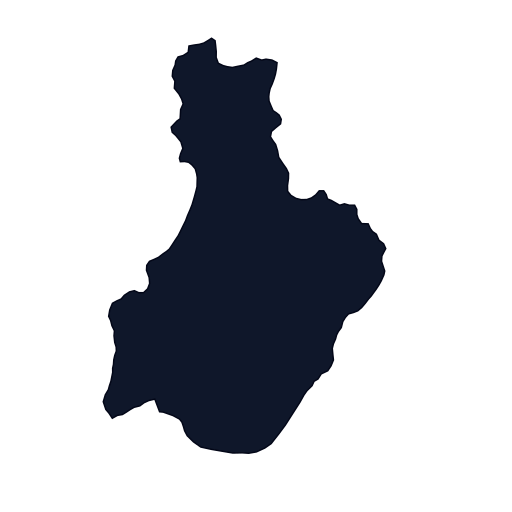 the district of Cairu, Bahia, Brazil, rotated 195°
{"feature_id": "56859067B59177199809142", "entity_name": "Cairu", "entity_type": "district", "adm_level": 2, "iso_a3": "BRA", "parent_name": "Brazil", "parent_adm1": "Bahia", "projection": "orthographic", "projection_center": [-38.973, -13.524], "detail": "fine", "context": "isolated", "style": "filled", "palette": "ink", "viewbox_px": 512, "rotation_deg": 195, "n_neighbors": 0, "source": "geoboundaries", "source_scale": "gbopen_adm2", "svg_char_len": 2905}
<svg xmlns="http://www.w3.org/2000/svg" viewBox="0 0 512 512"><g transform="rotate(195 256 256)"><path d="M308.8,80.6L305.2,81.2L294.9,80.4L287.7,78.7L284.5,76.3L281.9,72.4L279.7,68.7L275.9,64.6L268.3,60.3L259.9,57.2L249.0,57.7L240.3,58.5L227.4,59.7L218.5,62.3L212.0,63.6L204.9,66.9L197.8,72.8L192.8,78.7L190.6,83.9L188.1,89.7L183.9,100.3L179.1,115.5L177.0,122.1L175.7,126.2L173.7,134.2L171.9,139.1L168.3,145.2L167.5,150.0L164.3,153.2L162.5,159.0L157.0,163.7L155.1,169.3L154.3,175.6L156.3,180.8L158.4,186.5L158.5,191.2L157.7,196.4L157.7,200.7L156.9,204.4L155.1,208.9L155.2,215.1L153.8,219.8L151.7,224.0L147.3,226.6L143.5,229.4L140.6,233.6L138.2,238.7L136.2,243.6L134.4,247.1L133.0,250.8L131.4,254.9L129.8,259.8L128.6,264.5L127.6,270.9L127.8,274.8L130.6,279.1L133.4,283.4L134.4,288.6L133.5,292.9L132.6,296.7L135.9,300.8L141.4,303.1L145.4,308.2L149.8,309.8L152.7,312.1L156.0,316.1L162.4,314.6L167.0,318.5L169.4,322.2L170.7,327.1L173.9,330.6L179.1,329.2L184.1,329.3L188.3,326.7L193.6,328.1L197.8,329.2L201.7,329.6L204.1,333.5L207.5,336.5L211.8,335.3L214.1,330.5L217.4,326.5L221.5,323.7L227.0,322.1L232.4,322.0L238.0,323.6L242.2,326.7L243.8,332.2L244.7,339.2L246.0,344.4L249.3,348.3L254.1,352.3L259.6,357.2L262.4,363.2L265.9,368.8L269.7,371.9L272.9,374.9L273.3,380.3L270.3,384.8L266.5,390.0L267.0,394.6L270.1,398.1L273.5,399.6L277.1,400.8L279.9,404.3L283.5,409.0L284.9,413.1L285.5,416.8L285.7,421.5L284.9,426.3L284.4,432.0L284.3,436.7L284.7,441.8L285.7,448.2L291.3,449.4L297.3,448.7L301.2,446.7L307.0,447.2L310.8,443.1L314.0,440.6L317.0,437.3L322.9,434.4L327.6,432.0L332.7,431.4L337.0,431.4L342.3,432.4L345.9,437.5L347.3,443.1L349.6,449.2L351.3,453.4L355.3,454.8L357.9,451.9L361.5,448.2L365.5,445.8L370.5,443.7L375.1,441.5L374.2,435.2L378.2,430.8L382.8,428.1L384.0,423.6L383.5,419.5L384.4,413.7L383.4,408.0L379.6,403.9L378.3,396.9L372.4,392.6L368.5,388.5L365.7,384.1L366.7,378.0L365.8,373.7L364.8,368.9L367.3,365.9L371.3,358.5L368.9,353.8L364.7,351.7L358.1,346.9L354.5,341.0L355.3,335.3L355.3,330.6L353.5,327.5L349.4,328.8L345.3,329.1L341.6,327.5L337.3,324.6L334.5,319.9L333.0,316.4L330.9,307.6L330.8,303.1L330.8,297.5L330.9,293.4L331.0,289.1L331.7,283.2L332.6,277.3L333.1,271.9L334.4,265.4L335.4,260.2L336.4,255.4L338.2,250.2L340.0,244.6L341.5,240.2L343.8,237.0L346.3,234.1L349.8,229.5L353.6,226.3L357.5,223.3L359.1,218.7L358.1,213.9L353.6,207.5L351.6,201.9L352.2,196.2L355.1,191.5L359.7,190.2L364.5,191.0L368.9,188.6L373.0,184.0L375.1,179.6L378.7,176.7L382.4,173.2L383.3,166.0L382.7,159.6L379.7,156.1L377.1,151.4L373.4,147.1L372.5,142.2L370.1,136.0L367.5,131.9L366.3,128.0L366.7,123.5L366.5,118.9L365.6,114.4L365.4,110.4L364.3,106.5L364.0,102.0L363.7,97.4L364.0,92.7L364.0,88.6L365.6,83.0L365.8,75.7L361.3,68.9L357.4,66.2L352.8,62.1L348.6,66.2L344.0,68.3L340.9,71.6L337.8,75.1L334.6,78.3L329.4,81.2L326.2,85.3L322.2,88.6L316.7,91.6L308.8,80.6Z" fill="#0f172a" stroke="#020617" stroke-width="1.5"/></g></svg>